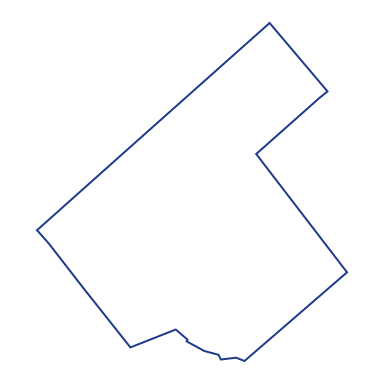 the district of Karnes, Texas, United States of America
{"feature_id": "52423323B141370106049", "entity_name": "Karnes", "entity_type": "district", "adm_level": 2, "iso_a3": "USA", "parent_name": "United States of America", "parent_adm1": "Texas", "projection": "natural_earth1", "projection_center": [-97.881, 28.945], "detail": "fine", "context": "isolated", "style": "outline", "palette": "blue", "viewbox_px": 384, "rotation_deg": 0, "n_neighbors": 0, "source": "geoboundaries", "source_scale": "gbopen_adm2", "svg_char_len": 348}
<svg xmlns="http://www.w3.org/2000/svg" viewBox="0 0 384 384"><path d="M37.0,230.2L48.4,243.0L83.6,288.4L130.4,347.4L175.7,329.5L187.5,339.6L186.7,341.4L204.3,351.0L218.5,354.8L220.9,359.5L236.1,357.7L244.5,361.0L347.0,272.3L256.2,154.0L319.0,98.3L327.5,91.4L269.6,23.0L135.4,142.4L37.0,230.2Z" fill="none" stroke="#1e3a8a" stroke-width="2"/></svg>